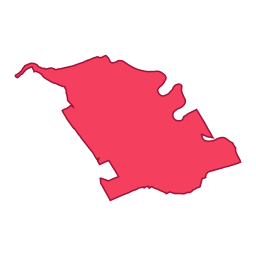 Iancu Jianu, Olt, Romania (Equal Earth projection)
{"feature_id": "2599482B6640532934930", "entity_name": "Iancu Jianu", "entity_type": "district", "adm_level": 2, "iso_a3": "ROU", "parent_name": "Romania", "parent_adm1": "Olt", "projection": "equal_earth", "projection_center": [24.005, 44.501], "detail": "fine", "context": "isolated", "style": "filled", "palette": "rose", "viewbox_px": 256, "rotation_deg": 0, "n_neighbors": 0, "source": "geoboundaries", "source_scale": "gbopen_adm2", "svg_char_len": 5642}
<svg xmlns="http://www.w3.org/2000/svg" viewBox="0 0 256 256"><path d="M235.4,164.1L237.1,163.4L238.2,163.2L238.8,162.8L240.6,162.1L240.2,161.1L239.9,160.0L238.7,157.7L237.6,155.9L236.1,152.6L235.6,150.9L235.6,147.9L235.4,148.0L233.0,143.7L232.6,143.0L232.3,142.7L231.9,142.5L231.4,142.4L230.6,141.8L229.9,141.5L228.8,140.7L227.5,139.6L226.2,138.7L224.9,138.0L223.7,137.6L222.5,137.5L221.0,137.6L220.5,137.7L218.6,138.3L216.8,139.0L215.9,139.6L215.3,139.9L212.9,140.8L210.9,141.1L208.6,141.2L206.4,141.1L205.5,140.8L204.7,140.5L204.1,140.0L203.3,139.3L202.8,138.6L202.3,137.8L202.2,137.3L201.8,135.8L201.4,134.6L201.5,134.5L202.0,134.3L202.4,134.4L203.6,135.2L205.1,135.6L206.6,136.4L207.4,136.7L208.7,137.0L210.5,137.1L210.9,137.3L211.5,137.4L213.0,137.7L212.6,137.2L210.2,132.8L207.2,127.7L206.9,126.8L205.9,125.2L204.2,121.9L203.8,121.7L203.7,121.4L202.9,119.9L202.2,119.0L202.0,118.4L201.3,117.4L200.2,115.5L198.4,112.5L198.0,111.9L197.6,111.1L196.5,109.5L195.1,110.3L194.0,110.8L189.4,113.1L187.9,113.8L187.3,114.2L186.9,114.7L186.0,115.4L184.5,116.1L183.7,116.8L183.5,117.2L183.0,118.7L182.6,119.5L182.1,120.0L181.6,120.2L180.6,120.6L179.9,120.7L178.6,120.8L177.1,120.6L175.6,120.1L175.0,119.6L174.3,118.9L173.5,117.8L173.2,117.3L173.0,116.2L172.9,115.6L172.9,114.6L173.0,113.9L173.3,112.9L173.7,112.2L174.3,111.5L177.2,109.1L180.3,107.8L181.6,107.0L182.5,106.3L183.2,105.7L184.3,104.4L184.8,103.5L185.2,102.7L185.2,101.6L185.2,100.2L185.1,99.5L184.5,98.2L183.7,96.7L183.1,95.3L182.3,93.4L181.7,91.4L181.4,89.7L181.7,88.3L181.8,85.8L181.5,85.4L181.1,85.0L180.2,84.3L179.8,84.2L178.5,84.1L177.7,84.2L176.0,84.8L175.1,85.4L173.9,86.6L173.4,87.3L172.4,89.6L170.0,92.0L169.0,93.2L168.0,94.1L166.3,94.9L165.2,95.3L164.1,95.8L163.3,96.0L162.7,96.0L162.0,95.8L160.8,95.4L160.4,95.1L159.2,94.0L158.5,93.1L158.0,91.6L157.7,90.5L157.7,89.9L158.2,88.7L158.8,87.9L160.2,86.4L161.4,85.6L162.2,84.8L163.8,82.7L164.3,81.9L164.6,81.2L165.7,79.4L165.9,78.8L166.0,77.6L165.8,76.9L165.5,76.3L164.8,75.2L164.1,74.6L163.2,73.8L161.5,72.6L159.8,71.7L158.9,71.4L157.2,71.2L154.5,71.5L149.0,71.6L146.5,71.5L144.1,71.1L139.0,69.9L136.4,69.0L132.9,67.4L128.7,65.0L123.5,61.5L121.8,60.8L119.9,60.6L118.0,60.7L117.2,61.4L116.3,61.9L113.5,62.7L112.2,62.9L110.2,61.9L110.0,61.5L109.7,60.4L108.3,58.0L106.9,56.4L106.0,55.6L105.8,55.6L104.2,56.1L102.1,57.3L101.5,57.5L100.3,57.5L99.1,57.7L98.9,57.6L98.7,57.3L97.9,56.8L96.8,56.9L94.8,57.7L94.2,57.7L93.2,58.1L91.1,59.1L90.1,59.4L89.5,59.8L88.3,60.1L87.9,60.1L87.8,60.4L87.5,60.4L87.2,60.6L86.0,61.0L84.1,61.8L82.8,62.5L80.5,63.2L79.8,63.4L72.7,66.0L64.5,67.8L62.6,68.3L60.8,68.7L60.0,69.0L59.1,69.0L58.4,68.9L57.6,69.3L56.1,69.6L55.7,69.6L54.9,69.4L54.1,68.8L53.5,68.6L51.2,67.9L50.8,68.1L48.5,68.4L46.7,69.0L45.9,69.2L45.6,69.0L44.9,68.5L43.6,68.3L42.7,68.4L42.3,68.5L41.2,67.9L40.6,67.4L40.1,67.3L38.9,67.0L38.3,66.4L38.2,66.1L37.5,65.5L37.2,65.0L34.6,63.6L31.2,63.2L30.7,63.3L30.5,63.5L29.1,63.9L27.3,64.6L25.7,65.4L25.2,65.7L24.6,65.9L24.2,66.8L23.7,67.3L22.7,68.7L22.0,70.0L20.9,71.4L20.6,71.7L20.1,71.9L19.1,73.0L18.2,73.6L17.3,74.1L16.8,74.7L16.6,74.8L15.4,75.2L15.5,76.5L17.2,77.6L17.7,77.7L17.9,77.5L18.7,76.7L19.7,75.8L20.7,74.5L22.3,73.9L23.4,72.6L24.7,71.1L26.4,69.4L27.0,69.0L29.5,67.8L32.1,66.8L33.0,68.9L34.2,71.8L34.9,71.4L35.5,71.3L37.4,71.9L39.5,72.9L40.5,73.6L41.5,74.4L42.6,75.9L43.1,76.4L43.5,76.9L44.2,77.5L46.4,79.0L52.3,82.4L53.6,82.9L56.5,83.7L58.3,84.7L59.9,85.3L62.4,86.3L64.9,86.9L64.8,87.1L64.9,87.4L64.9,87.9L65.0,88.1L66.1,89.8L66.2,90.5L66.2,92.2L66.3,93.1L66.4,93.4L66.3,93.5L66.7,93.9L66.9,94.4L66.9,95.5L67.3,97.3L67.5,99.2L67.8,100.6L69.2,102.2L69.9,103.0L70.7,103.7L71.9,105.1L72.3,105.5L73.3,106.8L73.4,107.1L72.3,106.4L71.8,105.8L71.5,105.5L71.1,105.4L70.7,105.5L68.5,107.3L67.7,107.7L66.6,108.6L65.5,109.0L64.2,109.3L63.2,110.0L62.4,110.3L62.2,110.5L62.3,110.9L63.5,113.0L63.9,113.7L65.1,115.6L66.6,118.3L67.4,119.6L68.6,121.3L70.5,123.8L71.3,125.1L73.9,128.6L74.6,128.8L74.8,129.0L75.0,129.3L75.6,130.1L77.0,132.0L78.6,134.5L79.7,135.6L81.4,138.2L88.0,146.6L92.1,151.8L92.6,152.3L96.7,159.3L97.1,159.3L97.6,159.0L98.9,158.0L99.0,158.0L98.8,158.8L98.3,159.6L98.1,160.2L97.6,160.6L97.5,160.8L99.6,164.5L105.5,161.8L108.8,160.5L113.3,167.9L115.4,171.1L116.2,172.6L117.3,174.3L118.6,176.7L118.0,176.9L117.7,177.0L116.8,177.3L113.2,178.7L108.5,180.9L108.1,180.9L106.5,180.1L103.3,179.0L102.0,178.7L101.1,178.1L100.8,178.1L100.2,178.4L100.5,180.8L100.7,182.5L100.9,183.5L102.4,186.0L103.8,188.7L108.0,196.1L110.3,200.4L123.3,194.7L129.2,192.5L129.7,192.1L130.9,191.5L133.5,190.4L135.0,189.9L137.7,188.8L138.0,188.4L138.4,188.2L140.2,187.7L142.2,187.4L143.6,187.0L144.2,187.2L144.3,187.4L144.3,187.9L146.0,186.7L147.1,186.4L147.3,186.6L147.8,186.8L148.0,186.8L148.1,186.5L148.3,186.6L148.3,186.9L148.4,187.2L148.5,187.3L149.0,187.1L149.3,187.2L149.5,187.8L149.5,188.1L151.3,186.7L151.8,186.5L152.2,187.1L153.3,187.4L153.9,187.9L158.7,189.7L160.5,190.7L161.5,191.0L164.6,192.4L165.9,193.3L166.2,193.6L166.3,193.7L167.8,193.0L169.3,192.1L170.0,191.9L170.7,192.2L174.5,193.5L175.5,193.6L176.4,193.5L177.1,193.7L177.6,193.6L179.5,193.5L182.7,193.8L184.3,193.7L185.2,193.5L185.7,193.1L188.1,192.4L188.3,192.3L188.9,192.6L189.4,192.5L190.2,192.3L191.0,191.8L191.7,191.5L192.0,191.2L192.3,190.6L192.6,190.2L193.6,189.8L194.6,189.4L195.3,188.9L195.5,188.7L196.2,188.2L197.4,187.8L198.4,187.5L200.1,186.7L200.3,185.7L202.2,178.5L203.0,178.5L205.7,177.5L205.7,176.8L205.8,175.2L206.0,174.7L206.4,174.0L207.1,173.1L207.6,172.4L208.2,172.0L209.0,171.7L218.0,169.1L221.3,168.2L222.7,167.8L223.5,167.4L225.4,166.9L226.8,166.7L235.4,164.1Z" fill="#f43f5e" stroke="#9f1239" stroke-width="1.5"/></svg>